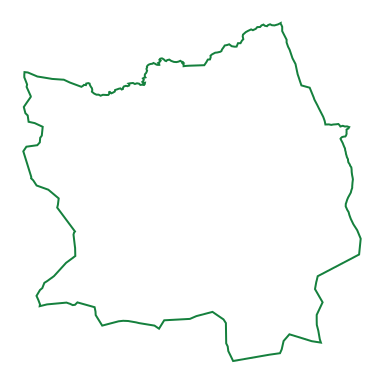 Warji, Bauchi, Nigeria
{"feature_id": "59680162B82946706311025", "entity_name": "Warji", "entity_type": "district", "adm_level": 2, "iso_a3": "NGA", "parent_name": "Nigeria", "parent_adm1": "Bauchi", "projection": "mercator", "projection_center": [9.757, 11.144], "detail": "fine", "context": "isolated", "style": "outline", "palette": "green", "viewbox_px": 384, "rotation_deg": 0, "n_neighbors": 0, "source": "geoboundaries", "source_scale": "gbopen_adm2", "svg_char_len": 3931}
<svg xmlns="http://www.w3.org/2000/svg" viewBox="0 0 384 384"><path d="M24.5,72.1L24.3,74.6L24.3,77.3L26.0,81.6L27.1,84.5L26.6,86.9L30.8,96.3L30.7,97.0L27.0,102.3L23.8,107.0L25.4,113.2L27.7,115.5L28.6,121.8L34.7,123.1L42.7,126.8L41.8,135.6L40.2,137.8L39.8,142.4L37.3,145.2L26.4,146.7L23.3,151.3L31.3,177.1L31.1,178.3L33.2,180.3L36.6,185.5L48.3,189.7L58.7,198.4L57.9,204.8L57.2,207.6L75.0,231.5L74.1,232.5L73.5,234.6L75.0,247.3L75.1,247.7L75.3,256.0L66.1,262.8L53.9,276.2L47.0,281.2L44.4,282.8L43.3,285.5L42.3,288.1L40.0,290.0L36.5,295.9L38.4,300.1L40.0,304.4L39.7,306.2L47.0,304.4L66.5,302.6L68.7,303.4L70.0,303.8L72.7,305.1L75.0,304.8L77.4,302.4L94.6,307.2L95.5,311.6L95.7,315.1L102.2,325.6L118.6,321.3L123.1,320.8L128.1,321.0L136.2,322.4L139.1,323.1L154.5,325.6L159.0,328.7L164.2,320.3L189.9,318.9L196.4,316.1L212.5,311.9L223.5,319.4L225.9,323.1L226.2,343.4L227.7,346.4L228.3,351.1L231.0,356.6L233.1,361.0L269.4,354.7L280.0,353.2L281.7,349.4L283.6,341.0L289.4,334.3L311.8,341.2L320.9,342.6L319.8,339.3L318.3,330.7L316.8,324.9L316.7,320.6L316.7,314.9L322.6,302.3L315.0,289.1L316.3,281.9L316.6,280.9L317.7,276.2L359.1,254.5L360.7,238.7L357.2,230.2L353.4,224.3L350.8,218.9L349.4,215.1L348.6,212.1L347.1,209.6L346.7,208.6L345.7,206.4L345.8,203.8L346.3,202.5L347.1,199.9L348.1,197.5L349.6,194.8L350.8,192.6L351.4,190.2L352.2,187.9L352.2,186.4L352.5,182.6L352.9,179.4L352.6,177.5L352.1,175.1L351.7,172.0L351.6,169.4L351.3,167.3L350.1,165.6L349.8,164.5L348.4,162.4L348.0,160.3L348.0,159.3L346.9,157.1L346.5,155.5L346.0,154.0L345.7,151.9L345.2,150.3L345.0,148.5L344.2,146.8L343.5,145.1L342.7,143.0L341.8,141.3L341.0,139.8L340.5,138.8L341.1,137.9L342.2,137.0L344.0,136.6L345.3,136.5L346.0,135.6L346.6,133.8L346.5,132.8L346.6,130.9L346.5,129.7L347.2,129.1L348.4,128.5L349.2,127.1L347.1,126.4L344.8,126.5L342.8,125.8L340.4,126.5L339.6,125.3L339.0,124.6L338.3,124.0L336.1,124.3L333.3,124.5L331.3,124.9L328.9,124.4L325.4,124.5L324.7,121.0L323.9,118.7L323.2,116.8L318.8,108.2L317.4,105.3L314.4,99.6L313.7,97.5L313.5,97.0L309.7,87.7L301.4,85.4L300.0,81.3L298.9,77.9L297.6,74.1L297.4,73.0L296.9,70.7L295.5,64.0L292.5,58.3L289.6,49.7L288.1,46.8L286.6,42.5L286.6,40.9L286.6,39.7L285.1,36.8L282.2,31.1L282.2,26.8L281.4,25.0L280.7,23.9L280.7,23.0L278.0,24.4L274.5,25.4L271.9,25.2L270.1,24.3L268.2,25.0L267.0,26.2L264.7,25.7L263.5,24.6L261.5,25.4L260.1,27.0L257.3,27.1L255.7,28.9L254.1,29.6L252.9,30.2L251.1,29.4L248.0,30.9L245.8,32.1L243.0,34.6L242.7,36.4L243.3,39.2L241.9,40.7L240.5,43.2L238.0,43.2L236.6,46.6L234.7,46.7L231.7,46.2L229.2,44.3L227.2,45.0L224.7,45.5L224.0,46.7L222.0,49.5L221.4,51.1L220.2,51.8L217.2,52.5L215.2,52.7L212.0,54.4L210.5,55.7L210.7,57.1L210.0,59.4L207.8,59.6L206.4,62.1L204.3,65.2L189.5,65.7L186.0,65.9L183.6,66.2L183.6,64.6L182.5,63.3L183.6,62.9L182.7,61.9L181.6,61.7L180.3,60.8L178.6,61.6L176.4,62.1L173.9,61.9L171.2,60.9L169.3,59.6L167.2,60.1L166.2,61.1L165.1,60.7L164.2,59.7L162.4,58.5L161.3,58.4L160.1,58.8L159.4,59.8L160.6,60.7L159.7,61.9L158.2,62.9L159.2,63.9L159.3,64.9L158.0,64.9L156.4,64.6L155.2,63.8L153.4,63.0L152.5,63.7L150.4,64.0L148.8,64.6L147.6,65.5L146.9,66.6L147.1,67.5L146.5,68.6L146.6,69.7L147.1,70.6L146.6,71.9L146.1,73.0L145.2,73.9L144.8,74.9L144.8,76.5L145.4,77.4L144.0,77.8L142.9,78.4L143.8,79.7L143.2,81.1L142.3,81.9L143.1,83.0L145.0,82.7L144.7,84.2L144.0,85.0L142.3,84.7L140.3,84.9L139.1,83.7L137.0,83.3L134.9,84.0L133.0,83.0L130.0,83.3L128.6,83.6L129.4,84.3L129.2,85.5L127.5,86.2L125.9,85.8L123.8,86.5L123.0,87.8L122.9,89.0L121.7,89.5L120.5,88.4L118.9,88.7L117.0,89.4L115.1,90.0L114.8,91.5L113.2,92.5L111.4,93.3L109.8,91.9L109.1,92.2L109.4,93.6L108.4,94.9L106.7,95.0L102.9,94.8L100.6,95.7L98.7,94.7L96.5,94.7L94.2,93.6L91.9,91.7L92.3,90.0L91.9,88.2L90.7,86.5L89.8,84.7L89.6,83.6L88.3,83.1L86.2,83.6L85.9,85.1L83.9,84.9L83.0,85.8L81.4,86.8L69.8,82.5L63.8,79.7L61.9,79.6L51.8,78.9L51.5,78.8L42.4,77.3L37.3,76.5L36.2,76.0L27.9,72.5L24.5,72.1Z" fill="none" stroke="#15803d" stroke-width="2"/></svg>